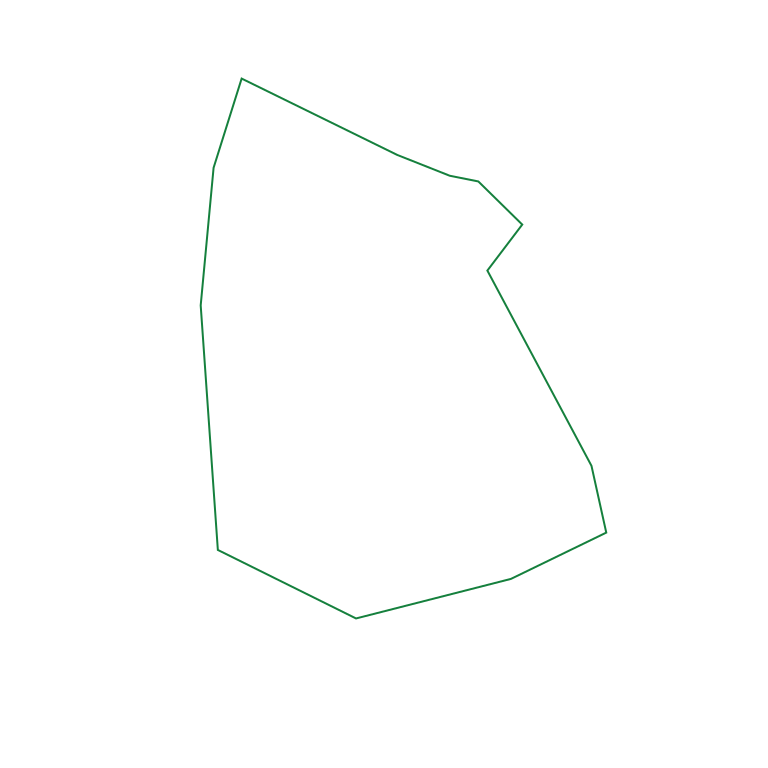 Manila, orthographic projection, rotated 27°
{"feature_id": "PHL-5543", "entity_name": "Manila", "entity_type": "Highly Urbanized City", "adm_level": 1, "iso_a3": "PHL", "parent_name": "Philippines", "parent_adm1": "", "projection": "orthographic", "projection_center": [120.991, 14.594], "detail": "fine", "context": "isolated", "style": "outline", "palette": "green", "viewbox_px": 768, "rotation_deg": 27, "n_neighbors": 0, "source": "natural_earth", "source_scale": "10m", "svg_char_len": 333}
<svg xmlns="http://www.w3.org/2000/svg" viewBox="0 0 768 768"><g transform="rotate(27 384 384)"><path d="M311.3,607.3L185.0,397.2L134.0,268.7L118.5,176.5L291.8,173.9L348.0,168.6L376.1,160.7L434.8,179.2L424.6,236.0L606.0,362.7L649.5,415.5L585.6,500.0L465.5,605.6L311.3,607.3Z" fill="none" stroke="#15803d" stroke-width="2"/></g></svg>